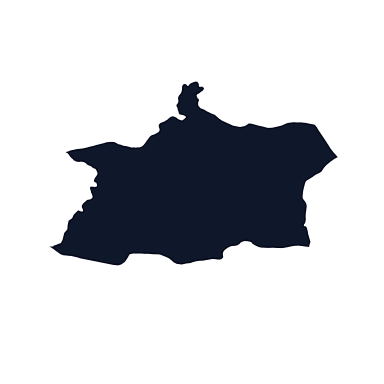 Phine, Savannakhét, Laos, rotated 119°
{"feature_id": "54806243B87203647312357", "entity_name": "Phine", "entity_type": "district", "adm_level": 2, "iso_a3": "LAO", "parent_name": "Laos", "parent_adm1": "Savannakhét", "projection": "albers", "projection_center": [105.988, 16.434], "detail": "fine", "context": "isolated", "style": "filled", "palette": "ink", "viewbox_px": 384, "rotation_deg": 119, "n_neighbors": 0, "source": "geoboundaries", "source_scale": "gbopen_adm2", "svg_char_len": 5975}
<svg xmlns="http://www.w3.org/2000/svg" viewBox="0 0 384 384"><g transform="rotate(119 192 192)"><path d="M244.3,147.4L242.8,145.4L240.7,143.0L239.5,141.0L238.6,139.0L237.8,136.8L236.9,135.3L236.1,134.5L234.5,133.9L233.7,134.1L232.2,135.4L231.3,135.8L230.6,136.1L228.9,136.4L227.6,136.2L226.9,136.1L225.4,135.5L223.9,134.8L222.6,134.1L220.7,132.8L219.3,131.4L218.3,129.8L217.1,128.1L216.0,127.0L214.1,126.0L212.7,125.7L211.2,125.0L209.1,123.1L208.5,122.1L207.4,119.9L206.5,116.8L206.3,115.6L207.1,114.2L207.3,112.0L207.2,108.6L206.9,106.6L206.4,104.9L205.4,102.9L203.4,98.8L200.7,94.3L199.7,92.1L197.1,87.1L195.8,85.1L192.8,81.5L190.4,78.8L188.5,76.3L186.6,73.1L185.3,70.1L184.5,67.9L182.9,63.9L180.9,64.5L178.6,64.9L176.3,67.2L175.4,68.2L173.6,69.9L172.6,71.0L171.1,72.0L168.8,74.1L168.0,75.0L167.7,76.0L167.9,76.6L168.2,76.9L168.4,77.4L168.2,78.2L167.7,78.5L167.3,78.7L166.6,79.0L165.6,79.0L164.4,78.8L163.2,79.1L161.0,79.9L159.7,80.8L156.6,82.5L153.3,83.8L152.0,84.3L150.3,85.0L149.1,85.5L147.8,86.5L146.6,88.0L144.6,92.4L143.0,93.6L138.3,95.7L134.8,96.8L129.7,98.1L128.0,98.3L127.4,98.3L126.3,98.0L125.1,97.4L121.8,95.5L119.8,94.4L117.1,93.2L114.0,91.1L113.0,90.3L111.8,89.7L110.5,89.3L107.7,89.2L106.2,89.0L102.9,88.2L99.7,86.9L98.0,86.3L96.1,85.3L94.4,84.6L91.2,82.6L89.6,87.3L87.5,92.3L85.7,95.4L83.8,99.1L83.0,100.5L77.0,112.2L75.6,114.4L75.3,115.3L74.8,116.4L74.6,117.4L74.8,118.6L75.7,121.0L77.1,125.7L79.3,130.8L80.9,133.4L82.3,136.5L85.6,141.0L87.1,142.4L88.8,143.6L91.1,145.4L92.7,147.1L97.3,152.3L99.0,154.9L99.9,156.6L100.3,158.0L100.9,160.6L101.3,162.0L102.8,167.0L103.0,168.3L103.8,171.3L104.0,172.4L104.5,173.5L104.8,174.4L104.9,174.8L109.0,177.0L112.5,181.0L114.8,188.0L115.8,200.2L115.4,204.1L114.2,209.6L114.7,212.9L115.0,218.2L114.8,221.2L115.4,225.4L114.2,228.5L113.0,229.7L110.2,231.1L110.0,230.9L109.5,230.9L109.0,231.0L108.5,231.3L108.2,231.6L108.1,232.5L107.7,233.2L107.5,234.0L107.4,234.2L106.5,234.7L106.2,234.9L105.7,235.6L105.5,236.5L105.3,236.8L105.1,236.9L104.8,235.9L104.7,235.7L104.2,235.4L103.7,235.4L102.9,236.1L102.7,236.1L102.4,235.9L102.4,235.7L102.7,235.3L102.7,235.0L102.5,234.7L102.3,234.5L101.8,234.2L101.2,233.9L100.0,233.6L99.0,233.0L98.3,232.6L97.5,232.4L96.6,232.3L96.2,232.3L95.9,232.6L96.0,233.3L96.0,233.5L95.7,233.8L96.1,234.5L96.9,235.7L97.1,236.2L97.2,236.6L96.9,237.4L96.7,237.7L94.9,239.0L94.4,239.6L93.9,240.6L93.9,241.0L94.1,241.6L94.5,242.1L94.8,242.5L96.1,243.7L97.7,244.9L98.8,245.5L99.7,245.7L100.1,245.7L101.1,246.0L101.4,246.1L101.7,246.4L102.0,246.7L102.1,247.0L102.2,248.0L101.8,248.5L101.5,249.5L101.6,249.9L101.7,250.4L102.6,251.1L103.2,251.2L104.4,251.0L106.8,249.8L109.0,249.0L110.6,248.9L111.5,248.9L111.8,248.9L113.2,249.2L113.6,249.3L114.6,249.4L115.6,249.2L116.1,249.1L117.1,248.5L118.8,247.2L119.8,246.9L121.5,246.7L123.3,247.0L123.5,247.0L125.1,244.9L125.6,244.4L126.5,243.7L128.0,241.9L128.9,241.3L129.1,240.9L129.2,240.7L129.3,240.3L129.2,239.8L128.5,237.9L128.2,236.6L128.2,235.9L128.2,234.7L128.3,234.1L128.5,233.4L128.7,233.1L129.0,232.8L129.4,232.8L130.0,232.8L131.6,233.3L132.0,233.4L133.6,234.1L134.3,234.5L135.1,235.1L135.2,235.5L135.3,236.6L135.6,237.3L135.7,238.7L135.6,239.7L135.7,240.4L135.3,241.5L135.3,242.2L135.5,244.0L135.6,244.7L136.1,245.5L137.0,246.4L138.4,247.0L139.0,247.1L139.8,247.6L140.5,247.8L141.4,248.0L142.3,248.8L142.9,248.9L144.9,250.3L146.7,251.9L147.5,252.5L148.9,252.8L150.2,252.4L152.5,250.0L153.7,249.5L154.9,249.4L156.2,249.7L158.0,250.7L160.0,252.0L160.9,252.7L162.0,253.9L163.0,254.5L164.3,255.0L167.5,255.4L169.4,255.7L171.7,255.9L173.9,256.2L175.9,256.8L176.9,257.3L177.9,258.0L179.0,259.0L180.2,261.1L181.3,262.6L181.8,264.1L182.6,265.2L183.1,266.0L184.3,271.0L185.5,274.1L186.1,277.9L186.8,279.7L186.6,281.4L186.7,283.9L187.4,285.4L188.4,287.3L190.6,290.4L192.5,292.2L198.0,298.1L200.1,300.1L202.1,302.4L205.4,305.8L207.7,308.5L211.4,313.7L213.2,315.6L215.0,317.8L216.9,319.3L217.7,320.1L217.7,319.4L218.1,318.1L218.7,317.0L219.5,315.2L220.1,313.2L220.3,311.7L220.5,311.4L220.8,310.9L220.9,310.3L220.7,309.4L220.8,308.7L220.6,308.2L220.6,307.6L220.5,307.2L220.4,307.0L219.8,306.6L219.9,305.9L219.7,305.5L219.6,305.3L219.2,305.1L219.0,304.9L218.6,304.1L218.2,303.1L217.4,300.7L217.5,299.7L217.5,299.4L217.6,298.8L217.5,298.4L217.5,298.1L218.0,297.3L218.1,296.8L218.1,295.7L217.8,294.0L217.7,292.6L218.1,291.0L218.2,289.5L217.9,288.2L217.9,287.2L218.3,286.6L219.1,285.3L220.0,284.1L221.1,283.0L222.1,282.6L223.0,282.6L224.6,282.6L225.9,282.9L227.8,282.9L228.8,282.8L229.6,282.3L229.8,281.6L229.4,280.6L229.5,280.0L230.3,279.0L231.4,277.9L232.1,277.4L233.2,277.3L233.8,277.4L234.3,277.8L234.8,278.3L235.4,279.2L236.0,280.4L236.2,281.2L236.7,282.2L236.9,282.5L237.4,282.6L237.9,282.3L238.8,281.4L239.3,280.7L240.8,279.5L242.4,277.3L243.6,276.2L244.9,275.6L245.8,275.6L247.0,276.1L248.2,276.8L249.1,277.8L249.8,278.8L250.5,279.3L252.8,280.1L254.3,280.7L256.0,281.0L256.9,281.0L257.8,280.7L258.6,279.9L259.1,279.1L259.9,278.2L260.7,277.5L261.4,277.3L262.1,277.3L262.8,277.8L263.6,279.6L263.8,280.8L263.9,282.1L269.4,283.7L273.2,283.3L277.0,285.2L281.0,284.0L285.1,282.1L289.8,283.1L296.7,281.2L300.7,281.2L302.4,282.9L304.6,284.6L305.3,285.3L305.7,285.6L305.9,285.9L306.2,286.1L306.4,286.2L306.8,286.1L307.0,286.1L307.4,286.4L307.8,286.9L307.9,287.3L308.1,287.6L308.1,286.8L308.3,286.1L308.3,284.9L308.8,282.6L308.9,280.9L309.4,277.1L309.0,274.3L308.8,273.7L307.7,271.3L307.0,269.5L305.6,266.5L305.3,265.1L304.0,260.7L303.5,258.0L303.2,257.0L293.1,225.4L292.5,224.2L291.9,222.6L291.2,221.3L289.9,220.0L288.9,219.2L287.5,218.5L285.6,217.7L284.4,217.4L279.9,217.1L278.6,217.2L276.9,217.1L276.2,216.9L275.4,216.1L273.8,214.2L269.3,206.0L268.5,204.0L266.9,201.3L264.6,196.1L263.3,193.7L261.9,191.0L261.3,189.0L261.0,185.9L260.6,183.1L260.4,180.3L260.9,176.8L261.6,174.1L261.5,170.6L260.6,168.5L259.9,166.5L258.3,164.6L256.6,162.7L254.3,159.4L252.6,158.0L250.0,155.3L247.8,152.4L246.1,149.5L244.3,147.4Z" fill="#0f172a" stroke="#020617" stroke-width="1.5"/></g></svg>